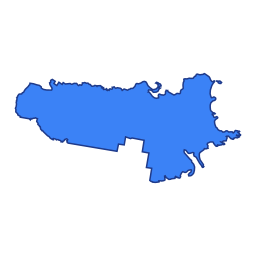 Shellharbour, New South Wales, Australia (Albers equal-area conic projection)
{"feature_id": "25037944B55724853403969", "entity_name": "Shellharbour", "entity_type": "district", "adm_level": 2, "iso_a3": "AUS", "parent_name": "Australia", "parent_adm1": "New South Wales", "projection": "albers", "projection_center": [150.774, -34.59], "detail": "fine", "context": "isolated", "style": "filled", "palette": "blue", "viewbox_px": 256, "rotation_deg": 0, "n_neighbors": 0, "source": "geoboundaries", "source_scale": "gbopen_adm2", "svg_char_len": 5763}
<svg xmlns="http://www.w3.org/2000/svg" viewBox="0 0 256 256"><path d="M203.8,166.6L203.3,166.2L203.4,164.6L200.1,159.8L199.4,157.0L199.3,154.0L199.9,152.6L203.9,149.7L204.4,148.6L205.9,148.9L208.1,148.2L207.6,147.2L207.9,146.6L208.0,145.8L207.2,144.5L207.5,143.3L210.2,142.0L212.8,142.0L213.3,142.4L213.6,143.3L215.2,145.4L216.2,146.3L217.3,146.2L217.6,146.1L217.7,145.4L217.4,145.1L217.6,144.9L218.9,145.3L221.8,144.8L222.7,144.1L223.4,144.6L224.5,144.4L224.7,144.1L224.2,143.3L221.3,142.4L221.0,142.0L222.0,142.2L223.3,141.0L226.2,140.8L226.7,138.8L227.1,138.1L227.0,137.2L226.2,136.4L226.3,136.3L228.4,136.1L231.0,138.7L231.8,138.7L232.1,139.1L233.1,139.3L233.6,139.1L233.7,138.3L234.6,138.1L235.4,137.5L237.2,137.9L239.4,136.9L239.4,136.7L239.1,136.4L236.8,135.8L236.5,135.5L236.6,135.1L237.9,135.5L238.8,135.1L239.7,135.7L240.4,135.4L240.6,134.9L240.5,134.7L239.8,134.6L239.4,133.5L238.0,132.5L239.6,131.5L239.4,131.2L238.8,131.3L237.8,130.9L235.5,130.5L234.6,131.3L234.2,132.1L233.3,132.9L232.8,132.7L232.3,131.9L230.9,131.8L228.7,132.0L227.3,130.9L226.5,130.8L225.9,130.9L224.8,131.8L222.9,132.1L221.3,130.8L220.0,130.8L218.4,130.0L217.7,129.2L217.1,128.0L215.9,127.1L214.8,124.1L214.5,121.9L214.6,120.9L215.5,119.5L217.5,118.2L217.7,117.4L216.8,116.6L215.0,117.3L214.3,117.4L213.8,117.0L213.4,115.9L213.1,115.3L212.3,114.8L212.2,114.1L212.9,113.8L214.8,114.0L215.2,113.7L214.5,113.0L213.0,112.7L211.0,110.9L210.5,110.0L210.2,107.4L210.2,105.1L210.8,102.9L212.7,101.0L214.9,100.3L215.8,99.0L215.6,98.0L214.4,97.1L213.6,97.0L212.9,97.5L211.4,97.7L210.7,96.1L210.1,93.7L210.4,89.9L211.8,85.6L213.1,83.4L214.6,81.6L214.7,81.0L214.1,80.8L212.9,81.7L211.8,81.5L210.7,80.1L209.6,77.5L208.9,76.6L204.8,73.8L204.2,73.6L203.3,74.3L199.9,74.8L197.2,74.1L196.4,74.4L195.6,76.1L194.6,76.4L193.1,78.3L191.0,78.4L189.2,78.2L187.0,78.9L184.8,78.8L183.8,79.2L184.0,81.0L183.3,82.6L183.0,85.0L183.2,88.2L182.7,89.0L181.2,89.8L180.5,91.2L180.4,93.0L179.7,93.7L177.0,93.4L174.7,94.8L173.7,94.9L168.4,91.9L168.0,91.4L167.7,90.5L167.1,90.8L166.2,90.3L165.4,92.0L165.6,93.0L165.1,94.4L163.3,95.2L162.0,94.8L161.2,94.9L159.7,94.1L159.0,94.2L158.5,94.8L158.3,95.5L158.3,96.1L158.6,96.4L158.6,97.8L156.3,98.3L154.4,97.8L152.4,96.3L150.1,93.2L149.0,92.1L148.4,92.0L148.7,91.7L148.3,90.5L148.7,89.9L150.4,90.0L152.2,90.9L153.1,92.1L153.6,92.3L156.2,92.1L157.9,91.3L159.1,89.0L160.3,88.1L158.7,87.7L158.5,87.2L159.1,87.1L160.3,85.9L160.9,86.1L161.1,85.5L160.4,84.1L159.3,83.7L157.9,82.7L156.5,82.3L155.8,83.0L157.0,83.3L156.7,83.6L158.1,84.4L158.0,87.1L156.2,88.9L153.9,89.6L152.5,89.5L149.9,87.6L147.9,85.6L146.8,83.2L145.8,81.8L144.3,81.4L142.9,81.7L140.7,83.1L138.6,83.8L136.9,83.5L136.3,83.7L135.7,84.4L134.9,86.4L132.8,88.4L130.8,88.4L130.0,89.1L128.9,89.3L127.6,90.2L124.1,89.0L122.2,90.4L121.2,88.8L120.5,88.3L117.3,87.7L115.8,88.3L115.1,87.9L114.1,86.8L113.3,87.2L112.2,87.3L112.5,88.0L112.3,88.9L111.2,89.2L110.0,88.8L109.2,89.3L109.3,90.1L109.1,90.4L107.9,89.9L107.3,90.5L106.3,89.8L106.7,88.9L106.6,88.7L105.8,89.2L103.5,89.5L103.3,89.1L103.7,88.7L103.6,87.9L103.0,88.2L102.0,87.9L102.6,87.2L101.9,86.7L101.3,86.7L101.0,86.0L100.4,85.6L97.4,85.8L97.0,86.4L96.3,85.7L94.8,85.4L94.2,85.9L92.1,86.3L91.3,85.8L90.3,84.5L89.2,84.4L88.3,83.3L87.1,83.1L86.4,83.3L84.8,82.5L83.5,82.9L82.4,82.9L82.4,83.6L81.6,85.2L79.7,84.8L78.7,85.6L78.1,85.3L76.8,83.6L76.1,83.3L75.2,83.5L74.2,83.3L72.0,84.3L71.3,84.2L70.1,83.5L65.4,84.0L63.2,82.6L62.1,84.4L58.9,82.2L56.8,85.5L53.9,83.5L55.2,81.3L52.3,79.4L50.9,80.2L50.6,80.8L50.6,82.4L49.6,82.8L50.0,84.7L52.0,88.1L51.9,89.7L51.4,90.1L46.6,90.0L43.4,89.4L41.3,88.1L41.2,86.8L39.4,85.4L36.7,84.8L33.6,83.8L30.0,83.2L29.7,84.8L29.0,85.2L28.3,86.4L25.3,89.3L24.1,91.2L24.0,91.7L23.4,92.4L22.4,92.7L21.7,93.9L19.2,94.1L18.7,94.5L17.7,96.0L17.4,97.1L16.9,97.4L17.2,97.7L16.9,98.6L16.9,100.0L16.5,100.4L16.6,101.4L16.2,102.1L16.5,104.1L16.1,106.8L15.4,108.3L15.9,109.4L15.8,111.9L17.7,113.9L17.8,114.9L20.5,116.5L20.3,117.2L29.4,118.8L30.3,119.9L31.0,118.7L31.2,119.0L31.8,119.0L32.6,118.5L33.7,118.2L34.5,118.2L35.6,117.8L36.3,118.3L37.5,118.7L36.8,120.7L36.7,121.5L38.1,123.4L37.9,124.5L39.3,125.6L39.5,126.4L39.8,126.3L40.3,126.8L40.6,129.0L42.1,130.8L42.6,130.6L43.7,132.0L47.6,135.8L49.0,136.5L50.4,138.3L52.6,139.6L53.2,139.7L52.9,138.8L53.3,138.5L55.9,139.2L56.4,139.9L57.3,139.6L58.2,139.6L58.7,139.9L58.9,140.2L59.9,140.3L61.4,141.4L61.2,141.8L62.6,142.0L62.7,141.3L63.6,141.1L64.3,140.4L64.5,139.6L66.7,138.8L67.7,139.7L67.2,140.7L66.8,140.8L67.2,141.3L67.0,141.5L67.2,142.5L68.2,143.1L117.0,151.3L118.5,144.1L124.2,144.9L125.6,136.9L130.6,138.6L132.0,138.0L132.6,138.1L144.1,140.3L142.3,151.8L148.9,153.0L146.4,167.5L151.7,168.3L149.8,180.4L150.9,181.3L152.5,181.8L152.5,182.1L155.3,182.4L158.5,182.0L159.1,181.8L158.8,180.9L160.3,180.8L161.7,181.0L163.9,180.6L165.0,179.9L164.6,176.1L165.2,175.8L166.2,177.6L168.9,179.4L170.8,179.2L171.2,178.8L174.9,178.4L175.1,178.0L175.0,177.3L175.6,176.4L175.9,176.5L175.8,177.0L176.2,177.4L176.8,177.3L177.6,177.6L177.8,177.3L179.0,178.1L179.8,178.0L180.6,176.7L180.3,175.5L181.6,172.8L182.3,172.1L182.7,171.7L183.2,171.8L184.7,172.4L185.6,172.4L186.5,172.0L188.2,170.4L190.4,169.8L191.2,169.8L191.4,170.0L191.3,170.8L191.0,172.0L189.4,173.2L188.4,174.6L188.8,175.9L190.3,175.8L191.5,175.4L192.9,174.1L193.7,173.0L194.4,170.2L194.6,167.0L194.3,166.1L193.7,164.3L191.7,162.0L191.5,160.5L189.9,159.1L184.4,152.9L184.0,151.3L184.3,149.8L185.9,150.3L188.3,153.3L189.6,153.4L192.7,152.5L193.7,152.7L193.9,153.4L193.6,154.6L194.3,156.3L195.1,156.5L196.3,157.4L199.6,163.2L201.5,165.6L202.0,166.8L202.6,167.4L203.2,167.3L203.8,166.6ZM216.7,81.2L217.9,81.8L218.3,82.8L219.3,83.4L220.8,83.5L221.6,82.4L219.9,81.0L218.1,81.2L216.8,80.9L216.7,81.2Z" fill="#3b82f6" stroke="#1e3a8a" stroke-width="1.5"/></svg>